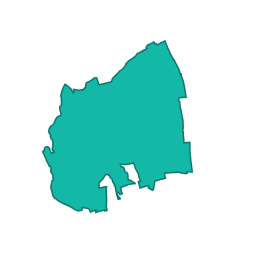 Tatarani, Vaslui, Romania, rotated 198°
{"feature_id": "2599482B87780685319921", "entity_name": "Tatarani", "entity_type": "district", "adm_level": 2, "iso_a3": "ROU", "parent_name": "Romania", "parent_adm1": "Vaslui", "projection": "mercator", "projection_center": [27.934, 46.697], "detail": "fine", "context": "isolated", "style": "filled", "palette": "teal", "viewbox_px": 256, "rotation_deg": 198, "n_neighbors": 0, "source": "geoboundaries", "source_scale": "gbopen_adm2", "svg_char_len": 5696}
<svg xmlns="http://www.w3.org/2000/svg" viewBox="0 0 256 256"><g transform="rotate(198 128 128)"><path d="M119.8,222.2L120.4,221.7L122.0,219.9L122.4,219.7L122.7,219.7L123.9,218.0L125.2,216.6L125.7,216.4L126.2,216.3L126.7,216.4L127.3,216.9L128.0,216.4L128.3,216.4L128.5,216.4L129.1,217.0L129.4,217.5L129.5,217.7L130.3,217.7L131.3,216.4L132.0,215.7L132.3,215.2L132.7,214.8L133.1,214.4L134.4,213.5L135.1,212.9L135.2,212.7L135.2,212.2L135.5,211.2L135.6,210.3L135.5,210.0L135.3,209.8L134.5,209.4L135.5,208.2L138.1,206.1L138.1,205.8L137.8,205.1L137.9,204.9L138.7,204.8L139.0,204.7L140.1,203.6L141.4,201.8L142.1,201.9L142.1,201.6L143.2,198.5L143.7,197.7L146.3,194.2L148.0,192.2L148.7,190.9L149.2,189.7L149.6,188.8L149.8,188.0L149.9,185.9L150.4,184.6L151.6,181.9L152.2,181.1L153.5,179.6L154.4,177.5L155.1,176.0L156.2,173.9L157.1,172.3L157.6,171.3L157.9,170.2L158.1,168.6L157.9,166.9L160.9,165.1L168.9,160.1L173.3,166.0L174.1,165.8L175.6,165.1L176.2,164.3L177.1,162.8L178.0,161.5L179.0,160.5L181.6,158.0L181.7,157.7L180.9,153.2L181.6,152.6L182.1,151.9L182.1,151.4L182.4,151.1L182.5,150.5L182.5,150.4L183.5,150.1L185.2,149.4L186.0,148.7L191.5,148.0L190.2,144.8L190.4,144.4L191.2,144.8L192.4,145.7L193.0,146.5L193.4,147.0L195.1,147.9L196.9,148.7L199.2,149.3L199.4,149.5L200.2,149.9L201.3,150.2L201.6,149.8L201.9,146.9L202.2,143.3L202.2,141.8L202.0,140.2L201.9,137.6L201.4,137.6L200.6,135.8L199.8,133.5L199.1,131.7L198.4,128.8L199.4,127.5L199.4,127.4L199.3,127.1L199.4,126.6L199.2,125.7L198.2,124.3L196.4,121.1L195.6,119.9L195.4,119.5L195.5,119.2L197.3,118.0L198.3,117.1L198.8,116.1L199.1,115.2L199.6,113.5L199.8,111.6L199.8,109.2L200.2,108.2L201.2,106.7L202.1,105.8L202.3,105.1L202.7,102.9L202.2,99.6L199.7,97.5L199.1,96.9L199.4,96.6L199.3,96.1L198.5,94.8L198.1,94.3L197.6,93.9L196.6,93.5L196.1,93.0L195.7,92.3L194.8,90.6L194.4,89.3L193.6,86.6L193.7,85.5L193.6,84.8L193.2,83.8L192.8,83.3L192.6,83.5L192.1,83.2L191.9,83.4L190.9,82.2L193.1,80.4L194.0,81.2L194.8,82.0L195.6,82.9L196.6,84.6L197.8,85.2L199.0,85.4L200.9,83.9L201.0,83.6L201.0,83.1L200.9,81.5L201.0,80.4L201.1,79.7L201.3,79.4L201.8,79.3L200.9,77.9L200.0,77.1L198.0,75.0L194.6,70.9L191.8,68.3L190.9,67.2L190.5,67.5L190.3,67.8L190.0,67.7L189.7,67.3L189.3,66.9L189.1,66.3L189.0,66.1L188.7,65.9L188.6,65.0L188.3,64.6L188.2,64.4L188.2,63.1L187.9,62.5L187.0,61.8L185.5,60.6L184.3,58.9L184.2,58.2L184.0,57.5L183.3,56.1L183.1,55.8L182.9,55.5L183.5,54.7L183.9,54.3L183.3,49.6L183.4,49.1L183.1,48.0L182.5,46.7L182.2,46.0L181.6,45.7L181.1,45.0L179.9,42.5L178.9,41.3L178.5,40.5L178.0,39.8L177.6,39.6L177.1,39.4L176.6,39.1L176.3,38.8L175.8,38.4L175.2,38.4L174.7,38.5L172.9,37.6L171.2,37.2L169.1,36.7L164.4,35.9L164.4,36.2L160.1,35.5L158.8,35.4L153.6,34.1L152.1,33.9L149.7,33.8L148.7,34.3L148.4,34.7L146.6,35.3L146.5,36.9L147.0,38.2L140.6,39.3L139.9,38.7L139.3,38.3L138.2,36.9L137.8,36.6L137.5,36.5L137.5,36.8L137.3,37.0L134.0,39.4L133.3,40.1L132.5,37.8L129.7,39.9L128.4,40.7L127.3,41.2L124.8,42.8L124.4,42.0L123.1,42.7L122.5,43.2L124.1,46.1L124.6,47.4L126.1,53.1L126.7,54.2L126.9,55.1L127.4,56.4L128.0,57.7L128.3,58.9L129.6,62.3L129.9,63.2L130.1,64.4L130.2,65.4L131.2,65.1L131.4,65.1L131.9,65.0L132.3,64.8L132.7,64.6L133.2,63.9L134.5,63.3L135.9,62.6L137.0,62.1L137.6,63.8L138.0,65.1L138.4,66.4L138.6,67.6L138.4,67.7L138.1,67.9L136.4,71.1L136.2,71.8L135.7,73.6L134.9,76.9L134.5,77.0L132.3,77.5L132.1,77.1L131.5,77.3L130.8,76.4L129.7,75.5L128.9,75.0L127.9,74.6L127.0,74.0L126.2,72.6L125.9,72.0L124.7,71.1L123.7,70.2L123.3,69.6L123.1,69.1L122.9,68.8L122.1,68.5L120.9,66.4L120.1,64.5L119.3,63.5L118.9,62.7L118.9,62.4L115.7,57.7L115.2,57.1L113.5,58.3L114.0,58.8L116.9,60.7L117.4,61.2L118.2,62.2L118.7,62.5L118.7,62.8L117.7,64.0L116.9,63.7L116.3,63.0L115.0,62.3L113.1,63.8L115.6,66.8L115.5,67.1L116.6,69.2L115.9,69.6L112.6,72.4L111.9,72.8L111.5,73.2L109.6,74.7L105.4,76.8L104.1,77.3L104.7,78.0L105.5,77.9L106.4,78.1L108.0,78.7L109.6,79.1L110.4,78.8L111.1,78.8L111.7,79.0L112.6,80.3L113.8,83.8L114.7,84.8L115.4,85.2L116.8,85.3L117.4,85.4L117.7,85.9L118.1,86.7L118.9,87.9L120.2,89.3L121.0,89.3L121.9,89.0L122.3,88.7L123.5,90.2L123.9,90.8L124.1,91.1L118.5,92.7L118.0,93.0L117.2,93.3L115.7,94.1L111.9,96.4L110.0,94.2L108.3,91.7L106.1,89.6L104.8,88.5L104.1,87.7L103.8,87.0L102.9,85.6L100.8,82.5L99.8,81.8L99.6,81.4L101.5,80.1L100.0,77.8L99.6,76.9L98.8,76.2L98.2,74.6L97.4,74.9L96.8,75.7L95.9,76.1L93.0,78.2L90.5,79.4L90.0,77.3L89.4,77.6L89.0,77.2L88.1,76.9L87.1,76.9L87.0,76.7L86.7,76.5L86.3,76.6L85.7,76.5L85.6,76.4L85.5,76.6L84.7,77.1L85.0,78.7L85.2,80.0L85.4,81.4L85.5,82.2L86.0,85.0L86.0,85.7L85.1,86.4L81.9,88.6L81.0,89.3L80.0,89.8L78.8,90.6L78.1,90.9L76.8,92.0L77.3,92.6L77.8,93.0L78.0,93.3L79.2,96.6L76.3,97.5L73.3,98.8L70.9,99.9L70.5,100.1L70.3,100.0L69.9,100.0L66.8,101.6L63.2,101.7L61.5,102.1L60.6,102.1L59.4,102.5L57.8,103.0L58.4,104.0L58.6,104.5L56.9,105.0L53.3,106.0L54.8,109.3L55.8,111.3L56.5,113.0L57.8,115.5L58.1,116.0L59.5,119.5L61.6,124.1L62.5,126.9L63.3,128.9L63.8,130.8L64.8,133.4L68.7,131.9L70.3,131.1L71.4,134.3L73.5,139.1L74.1,141.1L75.0,142.6L75.5,143.4L75.6,143.5L75.4,144.1L75.4,144.6L76.5,147.8L77.9,151.7L79.1,154.0L79.8,155.3L81.5,158.3L82.6,160.2L83.2,161.4L84.4,163.3L85.6,165.6L86.1,166.9L87.0,168.9L88.2,169.8L88.5,170.3L88.7,170.8L88.8,171.4L88.8,171.8L88.5,172.6L85.3,174.0L84.2,174.4L82.2,175.2L82.6,175.9L82.8,176.3L83.1,177.1L85.1,180.5L85.4,181.4L86.0,182.6L87.0,184.4L87.7,185.7L89.7,189.3L93.1,193.6L93.5,194.4L93.9,195.3L94.0,195.0L94.0,194.8L94.4,194.7L94.8,195.2L95.4,196.1L96.0,197.1L97.4,199.0L98.3,200.1L100.0,201.8L105.6,207.3L105.8,207.4L106.1,207.4L106.3,207.3L106.3,207.5L110.5,211.6L111.1,212.1L111.5,212.4L111.6,212.6L111.6,212.8L114.1,215.4L119.8,222.2Z" fill="#14b8a6" stroke="#0f766e" stroke-width="1.5"/></g></svg>